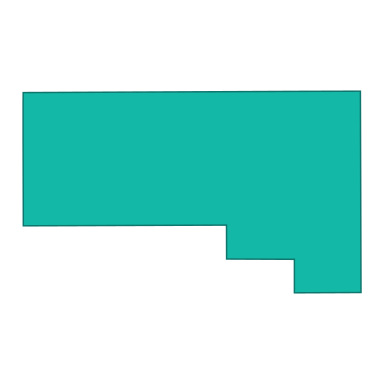 Defiance, Ohio, United States of America (Equal Earth projection)
{"feature_id": "52423323B79040942886335", "entity_name": "Defiance", "entity_type": "district", "adm_level": 2, "iso_a3": "USA", "parent_name": "United States of America", "parent_adm1": "Ohio", "projection": "equal_earth", "projection_center": [-84.614, 41.297], "detail": "fine", "context": "isolated", "style": "filled", "palette": "teal", "viewbox_px": 384, "rotation_deg": 0, "n_neighbors": 0, "source": "geoboundaries", "source_scale": "gbopen_adm2", "svg_char_len": 289}
<svg xmlns="http://www.w3.org/2000/svg" viewBox="0 0 384 384"><path d="M23.2,92.6L23.1,103.6L23.1,106.2L23.1,137.2L23.3,211.5L23.3,225.8L226.5,225.1L226.6,259.0L294.4,259.3L294.4,292.8L361.0,292.5L360.4,91.2L294.1,91.4L23.2,92.6Z" fill="#14b8a6" stroke="#0f766e" stroke-width="1.5"/></svg>